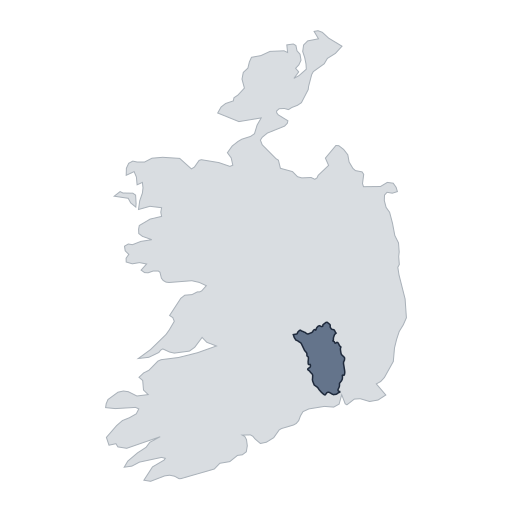 Ireland, with Kilkenny highlighted
{"feature_id": "IRL-722", "entity_name": "Kilkenny", "entity_type": "County", "adm_level": 1, "iso_a3": "IRL", "parent_name": "Ireland", "parent_adm1": "", "projection": "mercator", "projection_center": [-7.22, 52.568], "detail": "fine", "context": "in_parent", "style": "filled", "palette": "slate", "viewbox_px": 512, "rotation_deg": 0, "n_neighbors": 0, "source": "natural_earth", "source_scale": "10m", "svg_char_len": 6464}
<svg xmlns="http://www.w3.org/2000/svg" viewBox="0 0 512 512"><path d="M324.2,63.8L313.3,71.6L311.7,74.5L308.6,86.3L308.2,89.6L301.4,102.7L297.5,105.3L291.8,107.5L288.5,109.6L284.4,108.5L279.2,108.7L276.6,111.0L276.7,112.8L278.2,114.8L287.9,120.8L287.3,123.3L284.6,126.1L267.3,133.1L262.2,137.3L260.4,140.1L262.2,144.8L276.0,158.7L278.4,160.2L280.4,168.3L292.5,171.6L297.5,176.7L301.8,177.9L311.1,177.5L314.8,179.3L317.0,177.9L318.2,175.3L328.6,165.4L325.4,158.1L335.9,145.5L338.8,145.7L343.7,149.5L347.8,154.8L349.1,162.0L352.9,168.4L355.4,170.6L362.1,171.9L363.7,174.4L362.5,183.6L363.5,186.7L380.5,186.5L387.3,182.4L393.2,183.2L396.1,187.3L397.4,191.6L392.3,193.2L387.0,192.3L384.5,195.1L384.3,200.5L386.1,207.4L389.6,212.3L392.5,223.3L394.8,235.5L398.5,242.9L399.2,252.0L398.7,256.5L399.3,264.5L397.8,267.3L399.0,274.9L405.1,299.0L406.4,317.8L403.3,324.8L399.2,331.5L396.6,339.4L394.5,347.9L393.3,361.5L384.4,377.5L380.7,381.5L376.3,383.9L385.8,395.0L378.1,400.0L369.6,401.5L360.2,398.7L354.3,399.1L346.9,404.8L345.2,403.8L341.7,394.7L339.1,404.1L333.7,407.1L324.4,406.4L308.9,408.9L303.0,411.6L300.5,415.8L298.7,420.6L296.2,423.5L293.5,425.0L281.6,428.5L279.2,429.9L273.7,437.7L266.4,442.2L260.4,443.5L255.1,439.0L252.9,436.3L250.4,434.9L242.2,435.1L244.8,436.5L246.5,439.7L247.3,445.8L246.3,451.8L242.3,454.8L237.5,455.4L229.8,461.6L219.8,463.3L214.3,469.0L181.0,478.6L179.1,478.7L174.5,476.2L169.6,475.2L164.6,475.9L150.6,481.3L143.9,480.2L152.5,466.9L164.1,460.1L165.3,458.3L161.5,457.4L139.5,462.1L131.9,466.1L124.2,467.2L127.8,461.1L137.6,452.8L146.1,447.3L149.8,442.3L160.2,436.7L126.7,448.3L117.9,446.9L115.9,443.7L109.0,445.2L106.4,437.4L116.6,425.6L122.5,420.5L129.5,417.7L136.3,413.8L138.8,408.9L135.6,407.4L115.3,408.6L105.6,407.6L106.2,403.7L108.0,399.5L118.0,392.2L123.4,391.0L128.3,391.7L136.9,396.0L148.2,394.6L143.5,390.0L142.7,380.5L139.0,377.3L143.7,372.9L149.0,370.2L157.9,361.1L161.1,359.7L178.6,357.5L197.6,352.7L216.4,346.0L206.8,342.3L202.1,337.4L194.7,347.3L189.4,351.1L174.3,353.1L169.5,352.0L162.8,348.9L160.7,350.1L158.8,352.5L148.8,357.3L138.3,358.5L150.5,349.6L166.0,334.5L169.4,329.7L174.3,321.3L172.8,317.6L169.6,315.5L180.8,298.3L184.8,295.2L192.0,294.6L197.3,291.9L199.6,291.9L201.7,290.9L206.3,285.7L199.2,282.4L191.8,280.7L169.0,282.5L166.0,282.1L163.2,280.5L161.4,278.2L160.0,272.3L158.3,271.0L153.2,271.0L148.1,272.8L144.6,272.6L141.1,270.1L146.6,264.0L139.5,262.6L132.3,263.8L126.2,262.0L126.1,258.2L128.8,254.4L125.2,250.8L124.5,246.2L128.3,244.0L132.4,244.7L140.9,241.4L151.8,239.7L142.5,236.4L138.8,233.6L138.6,229.2L139.3,225.5L150.1,219.1L161.6,216.4L160.8,212.2L161.6,207.7L149.9,206.3L138.5,209.5L139.7,200.9L142.4,193.1L143.0,187.9L142.4,182.4L137.1,184.8L136.4,177.0L134.1,171.6L126.2,175.3L126.4,168.2L128.7,163.3L132.8,161.1L137.0,162.0L144.6,162.0L152.0,158.2L162.7,157.3L179.7,158.4L191.4,168.9L194.4,167.1L199.1,160.4L201.3,159.7L218.9,162.6L229.9,166.4L232.8,165.2L231.2,157.9L227.4,152.7L232.2,146.0L237.9,141.5L241.8,139.2L250.6,136.4L254.5,133.7L257.1,125.1L261.2,117.9L238.9,121.6L217.7,113.0L221.1,107.0L225.6,103.5L233.3,100.9L234.0,97.7L237.9,95.1L244.4,88.1L242.0,79.1L243.3,72.4L247.9,68.1L249.4,61.9L251.5,57.3L260.9,55.6L270.0,51.4L284.0,50.8L287.6,52.5L286.8,44.9L293.3,44.0L295.9,45.5L297.0,50.8L300.0,54.2L301.0,60.2L298.9,64.8L295.6,68.3L298.7,71.9L293.9,78.4L299.0,75.6L306.3,69.2L306.0,64.0L304.7,57.5L302.7,51.5L303.6,45.0L307.7,40.9L318.5,38.8L314.1,31.4L318.0,30.7L322.3,32.3L328.6,38.1L342.0,46.2L335.4,53.4L327.4,58.4L324.2,63.8ZM136.1,203.8L135.8,207.1L130.7,202.9L128.2,198.3L114.2,196.2L120.1,191.6L122.9,193.0L132.8,193.2L135.6,195.1L136.1,203.8Z" fill="#d9dde1" stroke="#a8b0b8" stroke-width="1"/><path d="M339.7,391.5L339.9,392.7L339.6,392.3L338.5,392.7L337.0,393.8L336.3,394.2L335.5,394.4L334.2,394.5L333.8,394.7L333.2,394.5L332.3,394.2L330.4,393.0L328.8,392.2L327.9,392.3L327.4,392.4L326.9,392.7L326.7,392.9L325.6,394.4L325.4,394.7L325.1,394.9L324.4,394.8L323.4,394.1L321.4,392.3L319.1,389.7L317.8,387.7L316.9,386.9L314.2,385.0L312.7,381.2L312.4,379.7L312.5,378.8L312.6,377.6L312.7,375.4L312.5,374.7L312.3,374.2L310.3,372.1L309.9,371.4L309.4,370.9L308.1,370.0L307.8,369.6L307.7,369.3L307.8,368.9L308.1,368.6L308.5,368.2L309.6,367.6L310.1,367.1L310.3,366.8L310.4,366.5L310.4,366.2L310.5,365.9L310.4,365.0L310.3,364.7L310.1,364.4L309.0,364.6L308.5,364.4L308.3,364.1L308.2,363.6L308.1,361.7L308.4,359.0L308.4,357.8L308.3,357.2L308.1,356.8L307.4,356.3L307.0,355.9L306.9,355.4L306.9,353.8L306.7,353.3L306.6,352.8L304.6,350.5L301.4,343.8L300.9,343.1L300.7,342.8L300.4,342.6L299.0,341.8L297.8,340.9L297.5,340.7L295.9,340.1L294.3,337.6L294.0,336.8L293.3,334.6L296.7,334.0L297.1,333.7L297.4,333.3L297.5,332.7L297.9,332.0L299.3,330.6L300.0,330.2L300.6,330.2L300.8,330.4L301.2,330.8L301.7,331.1L302.8,331.4L304.1,332.1L305.1,332.4L305.4,332.6L306.3,333.4L306.7,333.6L307.6,334.0L308.1,334.0L311.6,332.6L312.3,332.1L312.8,331.6L312.9,331.2L313.2,330.7L313.6,330.2L314.4,329.6L314.9,329.6L315.2,329.8L315.6,330.1L315.9,329.9L316.0,329.6L316.4,328.4L316.8,327.7L317.1,327.3L317.5,326.8L318.3,326.1L318.9,325.9L319.4,325.7L319.8,325.8L321.0,326.4L321.8,326.6L322.2,326.5L322.6,326.3L322.8,325.9L322.9,325.1L323.0,324.7L326.0,322.4L326.7,322.3L327.2,322.3L327.5,322.5L329.8,324.4L330.0,324.7L330.2,325.1L330.2,325.5L330.2,326.5L330.2,327.0L330.3,327.3L330.7,328.0L331.1,328.6L331.4,329.0L331.8,329.3L333.8,329.7L334.1,330.0L334.4,330.2L334.6,330.6L334.9,331.2L335.1,331.6L335.4,332.3L336.1,333.1L334.6,334.5L334.0,336.1L333.5,337.6L333.4,338.5L333.4,339.9L333.2,340.3L332.9,340.9L333.1,341.1L333.9,341.4L334.2,341.6L334.5,342.1L334.7,342.8L335.1,343.1L335.4,343.2L335.8,343.1L336.7,342.4L337.0,342.4L337.4,342.4L337.8,342.6L338.1,343.0L338.5,343.6L339.4,345.4L339.4,345.5L339.9,346.1L340.5,346.6L340.8,346.8L340.9,347.1L340.8,347.3L340.6,347.8L340.5,348.3L340.4,349.1L340.5,350.1L340.8,352.2L341.0,353.2L341.2,353.9L341.5,354.6L342.0,355.1L343.8,356.8L344.4,357.5L344.6,358.0L344.6,358.5L344.5,360.0L344.3,360.4L344.2,360.8L343.6,361.7L343.5,363.6L344.6,370.3L344.8,372.2L344.6,374.0L344.3,374.9L343.9,375.3L343.2,375.1L342.8,375.1L342.4,375.3L342.3,375.7L342.5,376.9L342.4,378.2L342.3,379.0L342.1,379.6L341.5,380.8L341.2,381.2L339.8,382.9L339.5,383.5L339.4,384.0L339.5,384.6L339.5,385.2L339.4,386.2L339.3,386.7L339.1,387.2L338.3,389.0L338.0,389.6L338.0,390.2L338.1,390.6L338.3,390.9L338.6,391.1L339.0,391.3L339.5,391.5L339.7,391.5Z" fill="#64748b" stroke="#1e293b" stroke-width="1.5"/></svg>